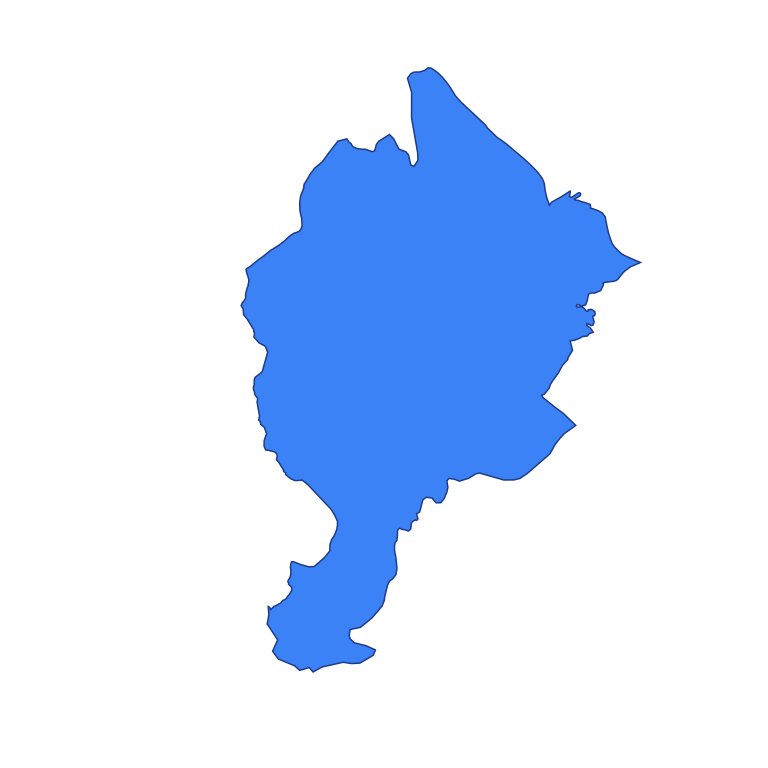 Penukal Abab Lematang Ilir, Sumatera Selatan, Indonesia, rotated 305°
{"feature_id": "22746128B2393542990028", "entity_name": "Penukal Abab Lematang Ilir", "entity_type": "district", "adm_level": 2, "iso_a3": "IDN", "parent_name": "Indonesia", "parent_adm1": "Sumatera Selatan", "projection": "orthographic", "projection_center": [103.991, -3.208], "detail": "fine", "context": "isolated", "style": "filled", "palette": "blue", "viewbox_px": 768, "rotation_deg": 305, "n_neighbors": 0, "source": "geoboundaries", "source_scale": "gbopen_adm2", "svg_char_len": 6014}
<svg xmlns="http://www.w3.org/2000/svg" viewBox="0 0 768 768"><g transform="rotate(305 384 384)"><path d="M590.9,248.7L591.3,246.5L591.5,245.3L580.0,240.6L575.9,240.3L572.1,241.8L570.0,242.4L569.8,242.5L568.2,241.6L567.9,241.3L567.3,240.0L565.5,233.7L563.9,231.8L563.9,231.7L562.0,228.1L561.1,226.0L560.8,223.9L560.7,222.2L561.1,220.8L562.1,219.0L562.0,217.0L563.5,212.9L556.4,206.9L541.1,206.2L530.6,206.0L520.6,203.3L517.8,203.4L515.5,203.2L512.7,203.2L509.0,203.6L505.3,203.8L503.9,204.0L502.2,203.9L500.7,204.5L499.2,205.5L496.1,206.5L491.5,207.5L488.7,208.6L485.6,210.1L484.0,211.1L482.6,212.1L481.5,212.9L479.6,214.3L477.8,215.7L474.1,219.6L473.1,220.9L467.0,225.9L466.0,226.4L463.9,227.0L461.7,227.1L459.9,226.7L458.6,225.8L456.4,224.1L454.4,223.1L452.7,222.5L450.1,221.6L445.6,220.7L443.4,220.2L436.4,218.0L436.4,217.9L428.3,214.4L422.2,212.7L419.9,212.0L416.9,211.0L413.7,209.8L407.3,208.0L403.8,207.1L401.7,206.2L401.3,206.1L400.3,205.4L398.9,205.2L398.7,205.2L397.0,207.0L395.7,208.5L394.1,210.8L393.1,212.0L392.0,213.3L390.1,214.6L385.7,216.6L384.5,216.7L381.4,217.8L379.2,218.7L377.7,219.5L376.2,220.5L375.0,221.4L372.9,221.6L371.9,221.8L370.5,221.5L369.5,221.3L366.3,222.0L365.0,224.9L364.9,225.4L360.4,229.1L360.3,229.3L358.6,235.0L353.6,246.4L353.5,246.5L352.3,247.1L351.5,248.7L347.8,250.6L346.0,258.0L346.8,265.1L343.3,270.5L324.1,277.2L318.7,275.6L315.9,274.7L313.6,275.0L308.2,278.5L306.6,278.7L304.9,280.0L304.5,280.5L303.9,281.4L303.1,282.4L302.8,282.7L302.2,283.4L301.7,283.8L300.7,285.3L300.5,286.5L300.3,287.1L300.1,287.9L299.6,288.7L298.7,289.4L298.0,289.7L297.0,290.1L296.5,290.3L291.3,295.4L291.2,295.5L286.3,300.5L282.5,302.0L282.6,302.7L282.1,304.2L281.2,305.3L280.3,306.0L279.9,310.7L276.1,316.2L268.9,318.3L264.3,321.4L262.1,324.9L262.8,326.3L263.6,327.4L264.0,329.3L265.0,331.4L265.6,333.4L265.3,336.3L263.4,338.1L261.7,338.7L260.3,339.4L259.5,342.6L256.2,350.5L254.8,351.9L254.7,352.2L254.8,353.8L254.9,354.4L253.5,355.2L253.1,357.8L253.0,362.8L253.9,366.7L258.4,372.2L257.9,379.2L252.0,407.8L251.0,412.6L248.1,419.1L245.0,424.4L242.0,426.7L237.8,428.7L232.1,430.1L227.8,430.3L226.4,430.4L221.7,431.7L216.2,435.4L207.4,434.7L194.4,431.5L191.1,427.2L188.3,419.2L186.6,412.1L185.5,410.3L184.5,410.4L183.3,410.9L180.6,412.2L179.4,413.2L178.4,414.2L175.1,416.5L173.1,417.5L172.0,417.8L171.3,418.0L167.6,418.2L167.0,418.7L166.5,419.4L165.9,420.4L165.2,420.7L164.9,422.2L164.9,423.1L164.4,424.8L163.3,425.9L162.8,426.2L161.6,426.8L158.1,427.1L156.9,427.1L155.5,426.9L151.8,426.9L150.0,426.1L148.5,425.2L147.1,425.1L145.1,425.0L143.7,424.1L142.2,423.5L140.6,422.7L139.9,422.2L138.5,421.3L134.2,420.7L135.5,418.3L135.5,417.8L135.4,417.4L135.3,416.8L128.8,422.1L120.4,426.0L113.4,443.7L101.2,446.0L98.1,455.3L101.9,472.3L101.1,479.2L108.8,485.4L107.4,491.1L116.7,495.6L132.6,510.1L136.4,517.8L141.6,524.4L155.6,530.8L161.2,529.6L159.4,519.7L154.9,508.0L155.8,502.7L157.7,500.0L160.5,498.5L163.5,497.1L171.2,504.3L185.5,508.3L200.7,509.8L206.9,508.4L210.4,506.5L221.3,502.3L225.7,501.6L229.3,502.9L234.7,503.1L240.4,500.4L248.5,493.4L253.5,488.3L254.3,487.7L257.7,485.3L260.8,484.0L263.3,484.3L267.9,481.7L271.6,479.2L273.2,479.0L274.9,479.6L275.3,482.2L276.8,485.2L277.3,487.8L277.5,488.2L279.1,488.8L280.6,489.0L286.4,485.9L290.5,487.4L290.8,488.7L292.2,489.3L293.3,488.9L294.8,486.8L296.3,485.2L299.7,486.6L311.4,482.3L315.4,483.5L318.1,488.6L316.6,494.9L319.3,498.6L324.3,499.0L331.6,497.5L336.0,495.6L340.6,491.2L343.7,491.1L346.3,496.1L346.4,496.3L347.7,501.6L349.4,502.8L355.3,507.4L359.8,509.3L362.7,510.5L365.8,513.2L371.0,528.2L374.1,537.2L380.0,545.5L384.6,549.5L392.6,552.6L411.4,557.3L420.4,559.6L422.3,559.9L425.7,559.6L432.1,558.9L435.8,559.0L439.7,559.2L446.7,560.1L460.1,564.8L462.7,548.2L463.1,536.4L464.1,521.7L465.4,519.7L467.8,521.2L475.0,521.7L478.7,520.6L484.1,520.3L492.2,520.5L493.3,520.5L501.6,519.5L509.3,520.5L511.2,519.6L519.6,519.2L526.1,511.8L529.3,515.1L533.7,518.0L536.8,519.5L539.9,523.0L543.0,523.2L546.4,525.7L546.7,524.9L547.6,522.8L548.2,520.6L548.2,519.3L548.3,516.8L548.6,516.0L549.7,515.6L550.6,518.4L550.6,520.2L552.1,521.4L555.4,520.5L558.7,516.5L559.7,516.3L560.9,517.3L562.5,516.8L564.2,515.1L564.3,512.5L563.9,510.8L562.0,508.7L561.1,509.2L560.3,508.9L559.9,508.0L560.0,506.7L560.7,505.1L560.8,503.2L560.7,501.7L559.0,499.8L557.6,497.6L558.0,497.0L559.0,496.8L559.9,496.7L560.6,498.2L561.1,501.0L564.3,503.8L568.7,502.7L574.9,500.0L577.4,501.4L579.3,504.4L584.8,507.9L591.1,506.9L592.1,505.6L594.1,506.8L595.1,507.9L599.9,513.2L601.7,514.7L603.9,515.5L611.1,515.9L614.5,516.4L621.4,518.7L630.6,524.4L629.2,517.8L627.8,510.7L626.8,504.6L627.0,502.9L627.4,500.5L628.3,494.8L629.7,490.9L630.8,489.0L632.0,487.3L636.4,481.4L640.8,476.5L647.9,469.2L649.3,464.5L648.8,459.9L647.1,453.8L646.3,452.3L646.6,452.1L647.3,451.9L647.7,451.5L648.2,451.1L648.7,450.7L649.2,449.7L649.3,449.7L647.9,444.5L646.7,441.5L645.9,438.2L645.4,436.9L644.8,435.9L644.2,434.6L644.2,434.3L644.7,433.9L649.7,436.3L650.2,436.6L650.9,436.7L651.7,436.5L652.2,436.2L652.8,435.6L652.9,434.8L652.6,434.2L652.1,433.8L652.1,433.7L650.9,433.1L645.5,431.1L644.1,430.1L644.0,428.3L649.3,425.9L649.2,425.9L646.2,424.7L638.9,421.8L632.9,418.8L629.0,417.0L626.9,416.9L625.4,416.9L629.1,411.7L630.7,409.6L630.9,409.4L634.6,405.4L637.8,402.4L640.1,400.4L642.8,396.4L643.9,393.7L645.9,387.4L647.8,376.9L649.0,366.8L649.9,356.9L650.8,347.4L650.9,345.6L651.0,338.6L650.9,335.0L651.9,329.1L653.0,321.9L654.3,318.8L655.2,312.6L656.7,302.4L657.1,299.3L657.7,295.1L658.1,292.0L659.1,285.2L660.3,280.1L661.2,276.8L662.1,274.8L664.3,269.6L665.6,266.3L666.8,262.8L668.6,256.6L669.3,252.9L669.7,250.2L669.9,247.6L669.8,241.5L668.4,238.8L664.9,237.6L663.8,237.2L660.7,234.7L659.8,233.9L658.2,231.7L656.5,229.5L653.8,228.1L648.8,227.8L648.0,227.8L647.5,228.4L638.8,239.3L617.7,254.0L614.9,256.8L604.6,267.1L592.3,279.3L586.6,283.5L579.3,283.7L579.3,283.1L578.9,280.9L578.8,280.3L585.7,272.7L586.8,268.9L585.0,261.3L590.4,251.3L590.9,248.7Z" fill="#3b82f6" stroke="#1e3a8a" stroke-width="1.5"/></g></svg>